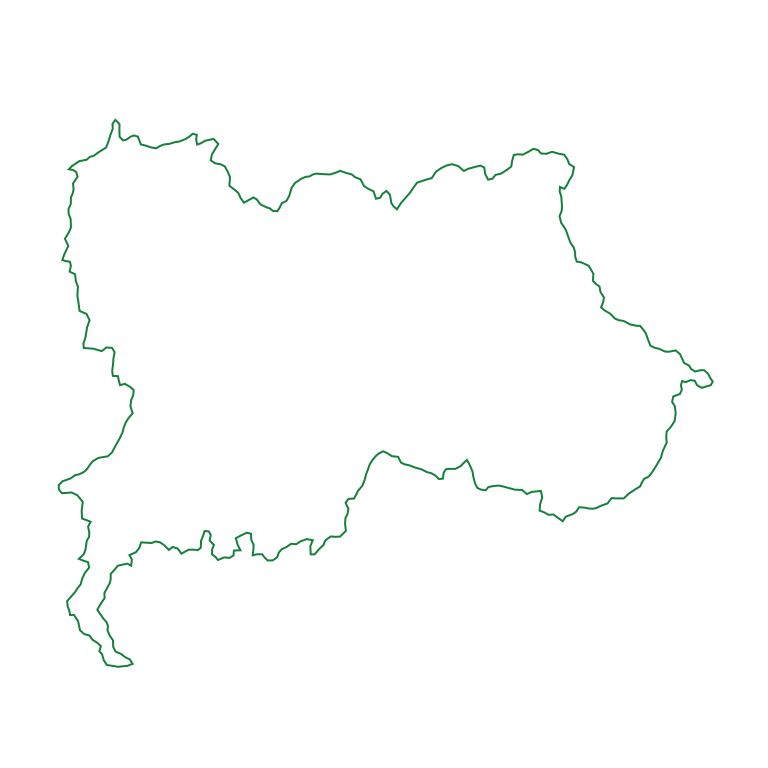 outline of Pedra Branca, Ceará, Brazil, rotated 358°
{"feature_id": "56859067B74270575685273", "entity_name": "Pedra Branca", "entity_type": "district", "adm_level": 2, "iso_a3": "BRA", "parent_name": "Brazil", "parent_adm1": "Ceará", "projection": "robinson", "projection_center": [-39.867, -5.521], "detail": "fine", "context": "isolated", "style": "outline", "palette": "green", "viewbox_px": 768, "rotation_deg": 358, "n_neighbors": 0, "source": "geoboundaries", "source_scale": "gbopen_adm2", "svg_char_len": 6066}
<svg xmlns="http://www.w3.org/2000/svg" viewBox="0 0 768 768"><g transform="rotate(358 384 384)"><path d="M124.7,110.6L121.8,114.4L121.8,119.5L119.0,126.2L117.2,131.7L114.5,138.0L107.2,142.2L101.7,145.9L98.0,146.7L94.6,149.5L87.4,150.6L79.7,155.3L76.6,158.4L80.6,159.3L83.8,161.4L85.0,166.2L80.2,172.7L80.6,178.9L79.3,183.2L77.6,186.8L77.3,193.0L74.8,198.1L74.8,203.0L76.6,208.3L76.6,216.6L74.4,221.4L70.2,227.7L73.3,235.0L68.9,243.5L66.9,248.9L70.7,250.2L74.4,250.8L75.2,255.1L73.7,260.7L79.1,263.5L79.6,270.4L81.5,276.0L80.6,285.6L81.3,289.9L82.3,300.3L89.1,303.6L92.0,309.9L89.2,317.2L88.1,322.8L87.0,328.0L85.0,333.0L85.2,337.5L94.9,338.6L103.1,341.3L107.9,337.8L113.5,338.4L115.9,342.9L114.5,349.0L113.8,355.7L112.8,361.4L113.3,366.4L118.4,366.9L119.2,372.0L120.2,376.0L124.9,374.7L130.4,378.2L133.6,381.3L133.0,386.4L130.8,391.1L129.8,397.6L131.8,404.5L127.7,408.9L124.7,413.2L122.4,418.4L121.0,423.2L118.1,428.9L113.7,436.1L109.7,443.0L105.5,446.6L95.9,447.9L90.0,451.2L87.0,454.8L84.3,458.6L81.4,461.2L76.6,463.5L71.9,464.4L67.8,467.3L59.3,470.0L55.4,473.7L55.4,478.0L58.2,481.8L62.7,481.8L68.0,481.5L73.7,484.5L78.8,491.3L77.4,500.5L77.6,508.0L81.9,509.6L86.0,511.5L83.3,516.2L84.3,522.3L83.9,526.5L81.5,530.3L79.8,539.4L78.2,543.4L72.9,548.1L77.5,550.1L82.0,551.7L82.9,557.3L78.6,562.1L75.9,567.3L73.7,573.9L71.0,576.9L68.0,581.1L64.3,585.1L59.7,590.0L60.1,595.3L61.5,599.2L62.2,604.0L66.0,603.8L70.0,610.4L71.6,619.5L75.6,623.4L80.8,625.1L83.7,629.4L88.2,632.5L91.9,636.0L90.2,641.1L92.8,644.3L94.3,650.3L97.3,655.2L102.7,656.2L108.5,657.4L112.6,657.0L117.5,656.8L123.0,654.9L120.5,650.5L115.5,647.8L112.2,644.8L106.3,642.0L104.2,637.2L104.2,630.7L101.2,626.1L99.0,620.4L99.7,616.4L98.4,612.3L95.5,608.9L89.6,599.6L92.8,594.4L97.3,588.2L97.3,583.1L100.0,578.6L103.2,573.0L104.1,569.1L104.2,564.4L107.9,560.5L111.6,556.4L116.5,555.4L121.4,554.6L125.0,556.7L125.9,550.7L123.6,546.1L130.0,543.6L133.6,539.6L135.8,533.8L141.0,534.3L146.4,534.8L150.2,533.4L154.4,534.3L158.5,537.2L163.2,542.3L167.1,539.5L172.0,541.2L175.6,546.5L182.9,542.8L187.8,542.9L192.1,543.6L195.2,541.2L195.7,534.3L197.6,530.1L199.6,524.7L203.7,525.2L205.6,528.8L204.3,534.3L208.4,538.9L206.4,543.6L206.2,548.3L209.6,551.0L211.9,554.1L218.2,551.7L223.7,552.4L227.6,550.1L228.2,545.2L234.7,545.2L232.1,539.4L230.5,533.0L235.0,530.7L241.8,527.8L245.9,529.1L245.9,535.2L248.1,540.1L247.7,544.6L246.8,550.6L251.3,549.7L256.2,549.9L258.6,553.3L261.6,556.3L266.6,556.4L271.2,553.4L273.0,548.8L276.1,545.5L280.9,543.5L285.5,540.5L290.7,541.0L295.2,538.3L301.4,536.3L307.3,537.6L304.7,543.6L304.8,551.6L308.7,551.9L313.5,546.6L317.9,542.8L319.9,538.3L325.4,534.5L329.7,535.0L334.8,535.0L340.8,529.4L340.2,522.0L340.9,516.3L342.9,512.9L344.1,507.6L341.5,501.4L344.4,497.6L350.1,497.4L354.5,489.6L358.7,485.1L361.3,479.3L362.9,473.7L364.9,469.1L367.0,463.7L369.9,459.5L373.1,455.9L375.9,453.5L380.9,451.2L385.2,453.5L389.3,456.4L395.6,457.3L398.1,463.0L401.6,464.9L406.5,466.2L412.4,468.7L418.6,470.6L423.7,473.5L428.2,474.8L432.2,477.3L435.5,480.9L439.6,480.6L440.5,474.6L443.0,471.3L446.6,471.1L452.4,471.3L457.7,468.8L460.6,465.9L464.2,462.8L466.2,466.6L467.9,470.6L469.4,474.6L469.9,478.9L471.3,485.9L473.6,491.1L477.2,492.9L481.8,493.8L484.8,490.6L490.1,489.8L495.5,489.5L501.3,491.1L511.1,494.2L518.4,494.7L522.9,499.0L527.8,497.0L531.9,496.7L537.0,496.3L538.2,502.9L535.8,509.6L535.1,516.0L539.7,517.9L543.9,520.5L548.8,520.3L553.5,524.1L557.8,527.4L561.0,523.0L568.2,520.5L571.4,518.5L574.7,514.0L579.7,514.5L584.5,515.6L588.3,516.0L592.2,515.2L597.1,513.1L603.2,511.2L607.5,506.0L613.0,506.5L619.7,506.7L624.8,502.1L632.0,497.7L636.4,495.3L638.5,491.1L640.7,487.8L645.2,485.9L648.5,482.0L652.9,475.7L658.2,467.3L660.5,460.2L664.6,452.1L664.2,447.7L664.8,441.4L669.6,436.3L673.1,431.2L674.5,423.5L673.9,416.3L671.3,412.0L672.7,406.5L679.4,404.3L681.4,400.3L680.8,395.4L682.0,391.5L685.5,392.7L690.4,390.9L694.7,391.6L696.8,396.1L701.4,398.9L705.8,397.8L710.6,396.5L712.6,393.1L710.4,389.6L708.2,385.0L704.5,381.4L700.4,381.3L695.4,382.4L691.4,379.7L689.6,376.3L684.7,373.5L680.8,364.4L676.6,360.6L669.8,361.7L666.0,361.4L660.2,358.4L656.0,357.3L651.7,355.1L649.9,350.3L647.4,342.4L644.9,338.6L641.9,334.8L638.1,334.6L632.0,333.0L625.8,329.4L620.7,328.4L617.1,326.7L612.6,321.7L606.7,317.9L603.6,315.0L606.0,309.5L606.8,305.0L603.6,299.8L602.7,294.0L599.5,291.6L596.4,288.2L597.1,281.1L592.8,273.1L585.4,269.3L580.9,268.4L579.5,263.3L579.6,259.1L578.5,254.4L575.2,249.3L571.1,236.3L566.7,229.1L565.3,222.4L567.7,216.8L568.1,212.4L567.7,202.6L566.3,197.9L566.7,193.2L571.1,195.2L574.0,191.2L576.1,187.2L579.5,182.0L581.5,173.9L576.7,170.5L575.1,165.8L572.1,161.1L566.9,160.0L560.1,157.8L554.2,159.6L548.9,159.1L546.1,155.6L541.4,154.2L536.1,157.1L530.8,159.6L525.5,159.1L521.7,159.6L519.7,166.0L518.8,171.1L514.7,174.0L508.4,177.8L502.7,178.9L499.6,182.6L495.2,183.4L492.5,177.8L491.7,171.1L488.0,169.1L483.1,170.1L475.4,171.9L471.3,173.9L465.8,168.8L459.7,166.7L454.2,167.8L448.7,170.2L443.4,173.6L438.9,179.9L433.4,181.2L424.2,183.9L420.6,188.3L417.3,193.0L412.8,197.9L407.4,203.6L403.0,209.9L399.8,206.8L397.7,203.5L396.5,195.0L393.1,191.1L389.1,193.9L386.8,197.6L382.5,198.6L380.2,191.0L375.4,188.5L371.1,185.7L367.6,178.6L362.3,176.3L359.1,173.4L353.6,171.8L347.7,169.4L342.3,171.4L337.3,172.7L332.3,172.3L323.6,171.4L320.1,172.2L316.6,174.0L313.0,174.2L308.1,176.2L302.1,180.0L298.5,184.7L297.1,189.0L295.8,192.8L293.0,197.5L288.1,199.9L285.8,204.3L283.5,207.5L279.3,207.3L275.9,204.5L272.5,203.2L266.7,200.1L263.2,195.0L260.0,193.0L250.4,197.9L247.4,193.5L245.1,188.1L241.9,185.0L236.4,180.5L237.3,171.9L235.3,166.5L232.4,160.9L228.4,158.7L222.9,157.6L218.7,154.4L220.0,148.7L224.6,141.6L226.8,138.4L222.3,133.1L213.6,134.7L209.2,137.1L205.7,138.2L204.8,133.1L205.6,128.4L201.5,127.3L197.8,130.2L193.9,132.4L188.4,134.4L183.0,135.1L178.0,136.5L172.6,136.9L168.7,138.2L164.4,140.5L159.7,139.5L154.9,137.7L149.3,136.0L146.7,128.2L142.9,126.9L139.4,128.0L135.3,130.7L131.8,131.5L128.4,127.7L128.4,122.3L128.7,114.9L124.7,110.6Z" fill="none" stroke="#15803d" stroke-width="2"/></g></svg>